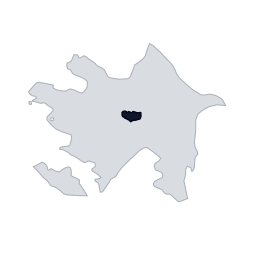 where Ucar sits in Azerbaijan, rotated 350°
{"feature_id": "AZE-1718", "entity_name": "Ucar", "entity_type": "District", "adm_level": 1, "iso_a3": "AZE", "parent_name": "Azerbaijan", "parent_adm1": "", "projection": "mercator", "projection_center": [47.727, 40.414], "detail": "fine", "context": "in_parent", "style": "filled", "palette": "ink", "viewbox_px": 256, "rotation_deg": 350, "n_neighbors": 0, "source": "natural_earth", "source_scale": "10m", "svg_char_len": 3616}
<svg xmlns="http://www.w3.org/2000/svg" viewBox="0 0 256 256"><g transform="rotate(350 128 128)"><path d="M174.5,208.0L173.5,207.9L166.2,209.6L164.6,209.1L158.4,201.1L157.1,200.2L154.4,199.8L152.8,198.5L151.5,196.4L150.8,194.8L144.3,190.4L143.3,188.8L143.2,187.4L144.2,186.2L145.3,185.1L148.4,184.0L152.1,183.1L153.3,182.4L153.9,181.2L153.9,179.4L153.3,177.5L147.9,174.2L147.4,172.8L147.2,171.0L147.5,169.2L148.3,167.7L152.7,165.8L155.0,163.7L153.5,161.4L148.9,156.2L143.3,150.5L139.6,150.5L135.4,152.2L128.5,157.0L124.8,159.1L119.8,162.6L114.5,166.4L110.1,170.5L107.3,173.8L102.5,175.3L100.0,178.1L91.8,186.5L89.5,186.4L89.4,182.2L89.5,178.9L89.0,177.0L86.4,174.4L86.3,173.3L87.0,172.6L89.1,173.0L91.7,172.8L92.9,171.8L90.1,168.4L87.6,166.0L85.5,164.5L85.1,163.6L85.1,162.9L85.5,162.1L89.1,160.2L89.5,158.4L89.2,156.5L83.5,153.6L79.2,154.7L75.4,151.4L72.9,148.9L69.9,146.2L67.1,144.7L64.5,141.4L59.9,137.9L57.0,136.9L57.0,136.3L57.6,135.7L58.8,135.1L66.9,135.3L67.9,134.7L68.4,133.1L69.6,130.9L70.9,127.6L70.8,124.9L62.6,120.4L56.6,116.3L52.5,110.9L49.7,105.9L49.8,104.2L50.6,102.7L57.0,98.1L57.4,96.9L57.3,96.1L55.0,93.7L52.2,91.3L51.3,89.5L49.5,88.6L46.1,88.5L40.1,85.5L38.8,85.3L38.5,84.7L38.8,84.1L43.1,82.8L43.0,81.8L41.7,80.5L39.3,79.6L37.1,77.2L36.3,75.0L44.1,68.7L46.3,67.5L51.4,68.6L61.9,72.8L61.1,75.1L62.2,76.4L64.6,78.2L69.2,80.0L73.1,80.9L75.1,80.1L78.1,79.5L82.0,81.5L85.6,84.1L87.4,85.2L88.4,85.5L91.1,84.6L94.4,81.3L95.7,77.2L96.0,75.2L94.1,72.5L90.2,69.6L85.8,67.0L82.9,64.7L81.1,60.2L79.3,59.7L78.8,59.1L78.5,57.6L78.6,55.4L79.2,53.8L81.0,53.0L82.8,52.8L84.5,51.2L86.5,48.1L87.4,46.4L91.2,47.4L91.7,50.1L92.4,50.7L94.0,50.4L96.7,49.2L98.8,50.1L101.5,53.4L105.3,56.9L107.3,59.3L108.1,60.9L110.0,62.5L112.8,64.3L115.1,67.2L117.1,73.9L119.1,75.4L126.3,78.0L128.9,78.5L136.0,79.4L138.5,78.7L142.2,73.0L145.5,67.0L148.5,65.8L154.1,62.9L157.4,60.2L158.8,57.3L162.0,51.7L163.9,48.6L167.2,51.4L172.9,58.9L181.0,71.1L183.0,74.5L184.3,78.5L185.4,83.3L187.3,87.6L195.5,98.3L199.1,102.2L204.9,107.3L206.9,108.5L209.6,108.8L214.6,108.8L219.2,110.8L221.4,112.2L223.8,114.2L225.9,116.5L228.0,122.8L220.0,120.7L212.0,121.0L207.5,122.4L203.1,124.2L198.9,126.7L196.2,131.7L194.0,143.3L190.8,154.0L190.9,159.0L192.3,163.7L192.1,166.0L190.7,167.0L188.8,169.0L186.3,178.8L185.1,180.7L183.5,181.9L183.1,180.8L183.2,178.2L179.7,175.9L177.8,178.5L176.6,183.9L174.0,189.5L173.9,190.6L174.5,208.0ZM56.0,107.0L56.4,105.4L55.4,104.7L54.3,104.7L53.4,105.4L53.4,107.4L54.7,107.7L56.0,107.0ZM29.8,152.1L28.6,150.5L28.0,149.6L31.6,148.9L37.4,146.7L39.0,147.8L40.7,149.9L41.6,151.8L41.8,155.2L42.5,155.8L45.3,154.6L46.6,156.0L48.8,157.7L52.6,159.3L58.1,156.7L60.9,156.1L63.1,156.1L64.3,156.9L64.7,159.6L64.3,162.9L63.7,164.7L64.8,166.0L69.3,169.1L71.2,170.9L70.3,173.9L73.7,181.3L74.8,184.2L76.1,187.7L69.2,186.3L56.8,183.4L53.4,181.8L50.2,177.7L48.3,175.7L45.4,173.1L43.1,172.2L41.3,170.4L40.3,167.8L38.9,165.4L36.3,162.6L30.5,153.1L29.8,152.1ZM37.1,87.5L36.4,88.1L35.2,87.5L34.8,86.3L34.9,85.1L36.1,84.8L37.0,85.1L37.3,86.3L37.1,87.5Z" fill="#d9dde1" stroke="#a8b0b8" stroke-width="1"/><path d="M143.2,115.1L143.0,117.1L142.7,118.9L142.0,120.2L141.1,121.2L139.1,121.3L137.1,121.6L135.2,121.4L133.4,121.5L132.6,122.0L131.7,122.2L131.1,121.4L130.5,120.5L128.5,118.9L126.4,117.5L125.9,116.5L124.9,115.9L124.4,114.7L124.6,113.3L124.9,111.6L126.0,110.9L127.3,110.8L128.7,111.2L129.3,111.9L130.0,112.5L130.8,112.3L131.5,112.0L132.5,112.5L133.3,113.3L134.2,113.6L134.9,113.3L135.5,112.8L136.2,112.8L137.4,113.4L138.6,114.1L139.9,114.7L141.3,114.9L142.3,114.8L143.2,115.1Z" fill="#0f172a" stroke="#020617" stroke-width="1.5"/></g></svg>